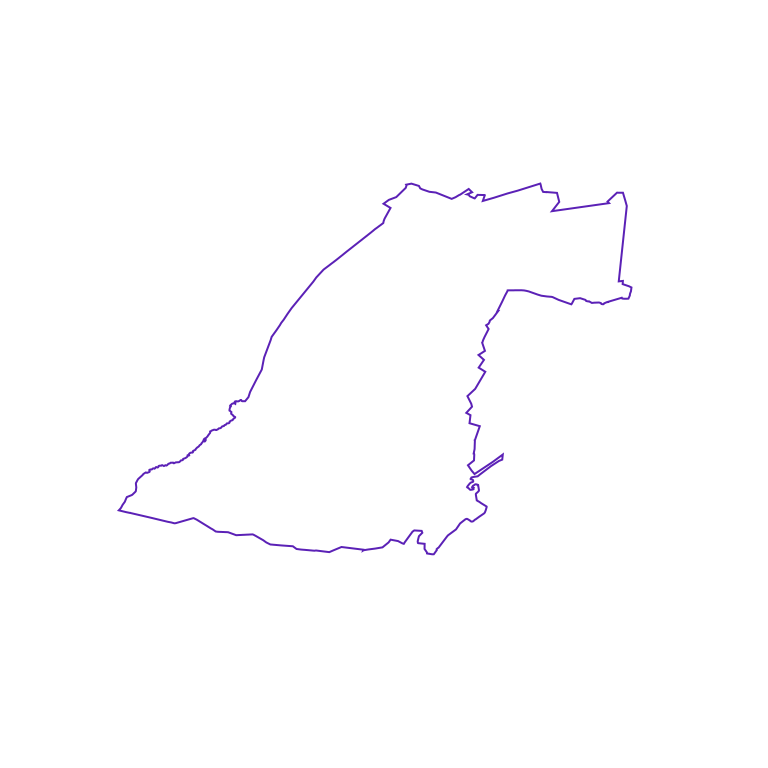 outline of Saunas pag., Preilu, Latvia, rotated 158°
{"feature_id": "27541924B85547198118139", "entity_name": "Saunas pag.", "entity_type": "district", "adm_level": 2, "iso_a3": "LVA", "parent_name": "Latvia", "parent_adm1": "Preilu", "projection": "equal_earth", "projection_center": [26.635, 56.393], "detail": "fine", "context": "isolated", "style": "outline", "palette": "violet", "viewbox_px": 768, "rotation_deg": 158, "n_neighbors": 0, "source": "geoboundaries", "source_scale": "gbopen_adm2", "svg_char_len": 6114}
<svg xmlns="http://www.w3.org/2000/svg" viewBox="0 0 768 768"><g transform="rotate(158 384 384)"><path d="M164.0,511.3L187.7,513.2L198.1,514.4L212.3,515.5L223.8,516.7L219.8,521.3L219.9,521.5L226.4,524.3L230.3,522.1L230.6,522.2L234.2,526.0L234.5,527.6L236.0,528.7L230.5,528.8L232.4,533.1L242.6,531.0L243.0,531.1L243.9,531.0L247.7,530.4L251.9,530.3L264.2,542.1L269.9,545.2L275.6,550.1L277.1,551.8L277.4,554.5L277.6,554.7L283.5,559.5L288.8,560.5L288.7,559.7L290.4,557.7L302.6,552.7L310.5,552.9L316.9,551.3L312.0,544.8L321.5,537.1L323.1,535.4L324.4,533.5L333.2,531.2L333.8,531.1L340.2,529.1L368.8,520.8L381.4,517.0L397.2,512.7L406.8,508.2L411.2,505.4L441.2,489.0L447.1,485.2L452.9,481.2L456.5,479.1L458.4,477.6L463.2,474.4L470.5,469.8L472.6,467.2L485.1,453.6L486.4,451.7L491.9,443.2L501.2,435.4L511.1,426.8L514.6,422.6L519.2,420.1L521.9,421.2L522.2,421.5L522.4,422.6L522.7,422.8L523.1,422.9L524.4,422.5L525.7,422.5L526.3,422.7L527.2,423.3L528.2,423.6L528.7,423.6L529.1,423.3L528.4,422.9L529.3,421.4L529.5,421.7L530.6,422.4L531.9,422.6L532.5,422.5L534.6,421.7L534.8,421.5L534.2,421.0L534.2,420.8L535.5,419.9L536.1,419.2L537.1,417.7L537.2,417.2L536.8,416.7L536.0,415.1L536.7,414.1L536.8,413.5L535.9,412.0L535.5,410.6L534.4,409.1L534.5,408.8L534.7,408.6L536.7,408.1L537.8,407.3L538.3,407.2L539.1,407.4L541.2,407.0L541.4,406.4L542.0,405.9L542.7,405.8L544.5,406.3L545.9,405.5L547.2,405.6L548.1,405.2L548.3,405.0L549.7,405.3L550.3,405.2L551.2,404.6L551.8,404.4L552.5,404.4L553.8,404.7L555.1,404.2L555.9,404.2L556.5,404.1L557.1,404.3L557.9,405.0L559.3,405.4L560.1,405.3L560.9,405.4L562.4,405.1L563.0,405.1L563.1,404.5L563.6,403.8L564.9,403.1L565.4,402.7L566.5,402.2L567.1,401.6L569.1,400.7L570.8,400.6L571.9,400.1L572.0,399.8L571.9,399.6L571.5,399.5L570.7,399.6L570.4,399.4L570.2,399.2L570.5,398.5L571.5,397.9L571.8,397.9L572.0,398.3L572.8,398.8L573.2,398.8L574.2,397.9L575.4,397.4L576.1,396.7L577.9,396.3L579.1,395.5L581.3,395.0L582.3,394.5L583.0,394.2L583.4,393.7L583.8,393.6L585.7,393.5L586.3,393.3L586.5,393.0L586.5,392.6L586.7,392.4L587.0,392.2L587.5,392.2L588.7,392.7L590.1,392.6L590.9,392.2L591.1,392.0L591.3,391.8L591.4,390.8L591.8,390.8L592.3,391.5L592.8,391.5L593.5,390.4L594.1,390.1L595.3,389.8L596.5,389.7L598.2,389.8L598.6,389.2L598.9,389.0L599.7,388.9L601.0,389.2L602.1,388.6L603.2,388.3L604.1,388.5L606.2,389.3L606.9,389.3L608.5,389.2L608.7,389.4L608.9,390.0L609.2,390.2L609.9,390.3L611.1,390.9L611.4,390.9L612.6,390.6L613.7,390.8L615.5,390.0L616.1,389.9L616.5,390.0L617.2,390.6L618.2,390.4L618.8,390.4L619.9,391.7L620.2,391.9L621.1,391.7L622.2,392.2L623.3,392.4L623.8,392.3L624.2,391.7L624.8,391.4L625.4,391.5L626.3,392.3L626.8,392.3L627.8,391.6L628.4,391.5L628.6,391.5L629.0,392.0L629.8,392.2L630.2,392.2L631.1,391.8L631.5,391.8L632.4,392.2L633.5,392.3L633.9,392.1L633.9,390.9L634.0,390.7L634.3,390.4L634.8,390.3L637.0,390.4L637.3,390.6L637.9,391.2L638.2,391.2L640.3,390.8L640.8,390.7L642.0,390.0L647.5,388.0L648.6,387.2L651.1,385.1L651.4,384.5L652.4,380.9L654.2,377.7L654.4,377.5L654.9,377.2L658.9,375.6L659.8,375.5L664.8,375.5L666.4,374.0L668.4,371.9L671.6,369.9L674.1,367.8L675.1,367.2L677.2,366.2L671.1,361.8L667.8,359.6L667.6,359.6L667.3,359.3L650.2,347.3L636.2,337.3L633.1,335.3L630.6,333.4L629.3,333.0L615.0,331.5L611.3,331.1L610.7,330.9L608.4,328.3L598.5,314.8L597.4,313.5L595.3,310.3L593.4,309.2L584.1,305.0L577.7,299.2L562.2,293.8L561.5,293.2L560.0,291.4L554.5,284.4L552.5,281.2L549.5,277.8L539.5,272.7L529.3,267.7L526.9,263.8L523.0,261.6L519.4,259.8L511.0,255.5L509.4,255.1L497.7,248.6L493.8,248.7L484.5,248.8L465.2,238.1L465.8,237.4L465.2,237.5L460.7,236.5L453.8,234.7L446.6,233.1L439.1,235.4L436.2,237.2L429.8,233.1L426.7,229.4L425.5,228.4L424.0,229.5L412.9,236.4L410.8,236.9L404.1,233.7L404.2,231.7L408.6,229.8L410.1,227.8L411.7,225.5L412.1,223.9L411.9,223.6L406.2,220.6L408.2,215.9L407.3,211.8L407.3,211.4L407.6,210.8L406.6,210.1L405.8,209.8L405.7,209.6L403.0,208.0L401.6,207.5L397.3,210.2L397.1,211.1L395.9,211.6L394.6,211.9L382.9,218.9L381.4,219.7L371.7,222.2L365.7,226.2L359.1,228.1L357.9,228.0L357.6,227.9L357.0,227.3L355.3,225.0L355.1,224.3L354.3,223.6L353.2,223.3L352.2,223.5L350.6,224.1L349.6,224.2L345.3,225.3L339.8,226.5L339.1,226.8L338.5,227.2L337.0,228.8L334.8,231.6L334.8,232.0L338.7,237.3L339.8,239.1L340.8,240.2L341.0,240.8L341.6,241.3L340.3,247.0L340.0,247.6L339.9,247.8L339.5,248.0L337.5,248.7L336.1,249.4L335.7,250.1L334.6,254.9L335.1,254.9L335.4,256.0L336.6,256.7L337.2,256.8L338.1,256.5L339.6,256.3L340.7,255.6L340.8,255.0L341.0,254.9L340.8,254.6L340.1,254.6L339.8,254.3L340.7,253.7L340.2,253.3L340.3,253.0L340.8,252.9L341.6,253.0L343.2,253.4L343.7,253.6L344.8,256.0L345.4,256.7L345.6,257.3L345.2,257.6L344.5,258.1L341.6,259.7L339.9,260.1L338.4,259.9L337.8,260.2L337.6,260.6L337.5,261.6L338.7,263.0L339.2,263.2L339.3,263.5L337.9,264.6L335.4,264.2L331.7,263.3L328.8,264.2L315.5,267.8L306.2,269.6L302.7,269.6L300.3,274.1L312.4,271.0L333.8,266.6L335.2,270.8L336.6,277.2L329.2,279.4L326.8,284.6L326.5,286.0L326.8,286.1L324.4,289.7L321.1,297.1L321.0,297.8L320.8,297.8L311.0,309.0L319.4,315.6L315.5,322.7L318.5,326.4L310.9,330.0L310.5,333.0L311.2,341.5L301.3,345.3L285.5,357.4L290.1,363.7L282.3,368.9L285.5,375.5L278.0,376.9L277.5,385.6L276.8,386.1L276.0,387.2L273.3,389.8L266.4,395.8L267.3,400.2L264.5,400.7L262.7,402.2L262.1,403.2L258.4,404.3L250.9,408.8L251.6,409.0L243.8,415.9L238.6,420.7L234.6,424.0L234.3,424.5L221.8,419.6L219.1,418.3L217.2,417.1L215.1,415.6L208.1,409.4L205.0,406.9L200.1,404.1L196.1,402.1L195.1,401.4L190.6,396.6L180.5,387.7L179.9,388.0L175.6,391.6L170.0,390.1L165.7,386.5L165.4,385.2L163.5,383.9L163.0,383.9L160.9,381.3L158.5,380.6L154.1,379.0L152.6,377.8L152.4,376.7L151.1,375.9L150.5,375.8L149.7,376.3L146.9,376.4L145.8,376.1L145.8,376.3L131.2,374.9L131.1,374.0L129.4,373.1L127.0,372.1L125.4,371.6L123.1,373.8L122.7,374.3L122.4,375.1L121.3,376.4L120.4,377.3L118.4,380.8L120.3,382.9L125.3,387.2L123.9,390.1L127.9,391.2L92.2,458.1L91.6,463.5L90.8,471.8L96.3,474.1L108.4,469.4L107.6,467.4L163.5,481.3L153.3,487.2L152.0,496.4L161.4,501.1L161.5,501.0L164.5,502.5L164.8,505.8L164.1,510.0L164.0,511.3Z" fill="none" stroke="#5b21b6" stroke-width="2"/></g></svg>